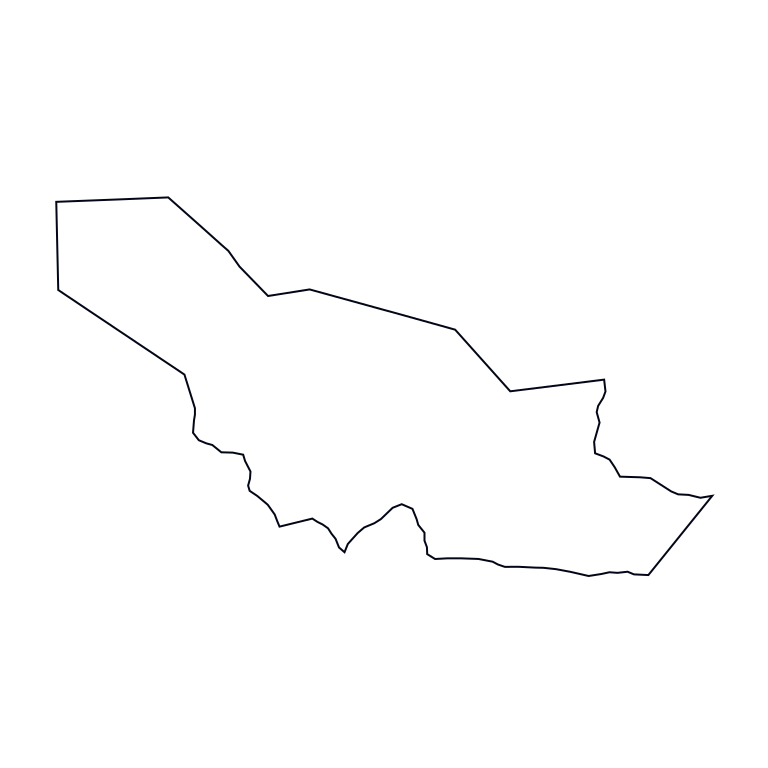 outline of Morro do Chapéu do Piauí, Piauí, Brazil, rotated 82°
{"feature_id": "56859067B47248632065637", "entity_name": "Morro do Chapéu do Piauí", "entity_type": "district", "adm_level": 2, "iso_a3": "BRA", "parent_name": "Brazil", "parent_adm1": "Piauí", "projection": "natural_earth1", "projection_center": [-42.228, -3.696], "detail": "fine", "context": "isolated", "style": "outline", "palette": "ink", "viewbox_px": 768, "rotation_deg": 82, "n_neighbors": 0, "source": "geoboundaries", "source_scale": "gbopen_adm2", "svg_char_len": 1326}
<svg xmlns="http://www.w3.org/2000/svg" viewBox="0 0 768 768"><g transform="rotate(82 384 384)"><path d="M601.8,187.0L603.5,179.1L603.8,168.9L607.3,163.0L610.0,148.8L540.4,74.5L540.7,86.5L536.2,97.8L534.2,108.1L530.3,114.6L514.3,133.2L512.0,143.5L508.6,163.2L498.6,167.1L490.3,171.1L486.3,176.7L482.0,184.6L470.6,184.0L452.2,175.9L441.5,177.3L435.5,175.0L428.2,168.9L422.2,165.7L410.3,165.4L408.8,260.0L340.1,306.0L313.5,367.0L310.0,375.2L280.0,444.5L280.7,486.6L247.7,510.7L230.5,519.6L223.8,525.4L204.7,541.5L169.2,571.7L164.6,618.1L158.0,683.2L245.6,693.5L271.5,664.6L346.9,580.3L381.7,574.6L388.1,575.5L393.5,577.2L405.7,579.9L413.9,575.2L418.0,568.3L420.5,562.5L429.0,554.6L430.9,543.3L434.4,533.3L440.9,532.3L452.1,528.4L459.2,529.9L465.7,532.7L471.1,531.9L477.2,525.1L487.4,515.9L498.0,510.4L505.4,508.7L510.7,507.3L507.3,473.7L511.3,469.1L514.6,464.3L519.1,459.5L525.0,456.8L530.6,453.5L539.6,451.3L545.1,446.5L537.4,442.1L527.9,430.8L523.3,423.6L520.5,412.9L517.3,405.8L507.8,392.7L505.5,383.2L511.6,373.2L522.4,370.5L528.3,369.7L536.9,364.6L544.8,365.7L551.6,364.2L558.5,364.9L564.4,357.8L565.5,345.0L567.3,332.3L570.4,314.8L575.1,301.1L578.6,296.3L581.9,289.8L583.7,276.4L586.9,259.7L588.2,251.7L591.3,239.4L596.0,225.4L602.6,208.1L602.4,195.2L601.8,187.0Z" fill="none" stroke="#020617" stroke-width="2"/></g></svg>